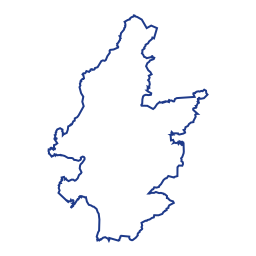 the district of Huauchinango, Puebla, Mexico
{"feature_id": "50627088B14545810389102", "entity_name": "Huauchinango", "entity_type": "district", "adm_level": 2, "iso_a3": "MEX", "parent_name": "Mexico", "parent_adm1": "Puebla", "projection": "albers", "projection_center": [-98.05, 20.178], "detail": "fine", "context": "isolated", "style": "outline", "palette": "blue", "viewbox_px": 256, "rotation_deg": 0, "n_neighbors": 0, "source": "geoboundaries", "source_scale": "gbopen_adm2", "svg_char_len": 5748}
<svg xmlns="http://www.w3.org/2000/svg" viewBox="0 0 256 256"><path d="M58.5,192.9L65.9,199.9L67.0,200.5L66.7,200.7L68.2,202.0L68.8,201.3L70.3,201.4L70.9,200.0L71.4,200.9L72.9,200.1L73.4,200.5L73.4,202.7L72.4,203.3L72.9,203.6L73.1,204.7L71.4,206.5L70.8,207.9L73.2,206.0L73.3,204.8L74.6,204.0L77.7,199.1L78.3,199.4L79.7,197.2L79.3,196.8L80.0,196.2L81.0,197.0L81.1,196.1L81.6,196.1L81.6,196.6L83.9,196.8L84.8,197.4L85.9,197.2L86.9,201.6L88.8,204.8L91.0,205.4L92.9,206.6L93.8,206.7L96.6,209.0L97.7,212.2L98.7,213.7L99.4,219.4L99.1,230.6L98.1,232.3L96.7,236.8L97.6,238.1L97.1,239.4L97.4,240.4L98.6,239.7L99.2,240.4L100.3,239.3L100.8,239.7L103.1,237.7L105.2,237.2L108.0,238.7L108.9,240.6L109.4,239.4L109.4,238.0L118.3,240.6L118.6,240.1L119.3,240.2L119.8,238.1L120.3,237.7L120.4,236.4L121.1,235.8L129.3,236.6L129.2,237.8L129.9,239.3L131.4,240.1L132.6,240.1L135.8,237.7L137.8,235.3L137.6,234.1L138.5,232.6L139.5,232.2L139.7,231.0L142.1,229.1L142.2,228.4L141.5,227.1L142.2,225.6L141.5,222.8L145.5,220.7L146.8,220.8L147.4,220.0L149.6,219.5L152.0,217.9L153.8,217.4L154.2,215.2L158.5,215.3L162.3,213.9L163.5,212.0L164.9,211.2L164.9,210.8L166.6,210.2L166.5,208.7L168.4,207.9L168.5,206.6L169.2,205.3L173.8,202.9L173.1,201.4L170.3,200.5L168.7,199.2L168.3,198.4L166.9,198.1L167.0,196.0L164.8,194.2L163.8,194.2L163.6,193.6L160.9,192.9L159.1,193.1L155.9,192.0L154.0,192.9L151.5,192.8L149.7,193.5L148.6,193.5L152.3,189.4L153.3,189.2L154.2,187.3L156.6,187.6L159.0,186.9L159.3,185.8L161.0,184.2L163.6,179.9L165.6,178.3L166.7,178.2L168.3,176.0L173.9,177.5L174.2,177.0L177.4,176.1L177.5,167.2L179.0,165.5L182.3,165.7L183.0,164.0L182.8,162.2L181.4,161.2L181.6,159.7L181.1,158.3L182.2,157.1L183.6,153.3L183.8,151.5L183.6,145.4L182.8,145.1L183.1,144.1L183.6,143.8L183.1,141.7L182.9,143.4L182.2,144.0L182.3,142.9L181.9,143.0L181.6,142.5L182.4,142.0L182.1,141.7L181.2,142.0L180.7,141.8L181.2,142.6L180.7,143.7L179.7,142.5L178.9,142.8L179.1,143.3L178.5,144.0L178.1,143.0L178.5,142.1L178.2,141.9L177.7,142.6L176.0,143.1L174.7,142.6L173.5,143.0L174.1,142.2L173.1,139.9L171.0,140.4L170.6,135.3L171.4,135.4L170.6,134.9L173.4,134.7L171.4,133.8L171.4,133.4L172.5,133.8L171.6,132.6L171.7,132.0L173.9,134.0L174.8,133.3L178.0,133.4L178.3,134.2L179.4,134.5L183.3,133.6L185.1,132.6L184.9,131.8L183.6,130.0L185.0,129.5L185.5,127.2L188.0,125.9L188.9,124.1L191.0,122.5L193.4,122.1L193.5,120.9L195.7,116.7L195.2,114.8L196.2,113.9L197.7,113.9L193.3,110.0L193.1,109.0L193.5,108.3L196.1,107.7L196.4,107.1L195.8,105.9L196.6,105.8L197.9,103.0L198.8,102.9L198.9,102.4L197.7,101.6L198.3,101.0L198.6,99.8L197.9,99.6L197.9,99.0L198.7,99.1L199.0,97.9L199.4,97.9L199.8,98.6L200.7,98.8L203.9,98.2L207.5,94.6L206.3,93.2L206.0,90.7L204.2,89.7L202.6,91.2L201.3,90.9L199.6,91.6L198.5,91.3L196.6,91.7L195.1,92.7L195.1,93.1L193.5,93.2L193.3,94.0L194.6,96.9L176.8,98.1L175.0,99.0L174.2,101.3L173.2,101.4L171.6,100.5L170.2,100.6L169.1,100.0L168.4,101.1L169.1,101.7L169.0,102.1L166.9,101.4L163.8,102.4L164.2,101.7L161.3,102.5L159.8,102.5L159.6,102.1L157.1,104.1L154.7,107.7L153.1,109.0L147.3,105.8L141.6,105.7L141.3,105.0L142.2,103.6L142.4,99.3L143.1,96.4L144.3,95.3L145.8,94.8L148.6,95.1L150.9,94.8L151.2,93.7L151.2,93.2L147.8,91.4L146.8,90.5L147.7,90.4L147.7,88.1L148.9,89.1L147.9,86.8L149.3,87.4L149.2,86.1L149.8,84.2L149.3,81.6L148.1,80.1L149.1,79.1L149.6,77.5L148.8,75.7L151.6,74.3L150.4,72.1L148.2,70.2L146.1,66.2L147.4,63.1L149.3,61.7L149.9,60.5L153.7,59.1L154.3,57.8L152.5,56.9L152.3,56.2L151.8,56.3L151.6,57.4L150.7,57.2L146.7,58.2L145.4,57.2L144.2,56.9L143.1,54.6L141.9,53.3L142.4,52.3L142.3,50.2L144.5,48.5L144.2,47.6L145.5,45.9L145.6,44.7L148.1,43.3L149.1,41.4L151.9,39.1L152.4,37.6L154.0,38.4L157.0,28.1L151.2,25.6L146.7,28.1L141.8,19.6L137.3,17.0L135.6,16.5L134.6,15.5L133.8,15.4L133.6,16.5L131.5,17.2L129.8,18.6L129.8,19.4L127.7,20.0L124.6,21.8L125.1,22.7L125.5,25.1L125.0,25.8L125.3,26.6L124.9,27.6L124.2,28.1L124.1,29.5L121.0,33.2L120.5,36.1L119.6,36.2L120.7,38.3L119.9,39.1L120.0,40.1L118.8,41.5L118.6,42.4L117.1,43.8L117.5,45.1L117.1,45.7L118.2,46.8L118.1,47.5L113.6,49.5L110.2,49.9L109.6,50.7L109.8,52.8L107.4,56.1L105.8,60.0L104.7,60.8L102.9,60.4L101.3,61.1L97.6,67.2L94.9,68.1L94.6,69.2L94.1,69.6L92.5,69.8L91.9,69.1L90.6,69.5L90.4,70.8L89.3,71.3L89.0,71.9L86.4,71.1L85.6,72.7L84.9,73.3L83.4,73.3L82.5,74.4L83.4,75.4L84.0,78.3L83.4,79.0L82.4,79.0L80.8,80.6L81.2,81.4L80.4,81.9L80.3,83.1L79.9,83.8L80.4,85.5L79.5,87.1L81.1,93.2L83.3,96.7L82.3,101.7L83.7,106.2L78.6,115.4L77.2,117.2L74.8,118.4L74.7,120.6L73.2,121.4L72.0,124.2L71.1,124.2L70.4,124.8L70.6,125.3L68.2,126.4L67.8,129.7L66.7,132.9L64.6,133.9L64.2,133.7L62.8,135.2L62.8,132.2L62.1,131.1L62.5,130.7L62.5,129.6L60.1,128.2L57.3,129.4L56.2,131.1L56.3,132.1L55.7,132.5L55.8,134.6L54.8,135.1L55.2,135.8L55.1,137.9L56.5,138.3L56.6,138.7L56.0,139.1L54.5,138.6L54.4,138.9L57.3,143.3L55.6,144.6L54.0,145.1L54.0,147.5L55.0,148.7L54.8,149.2L53.9,149.1L53.5,149.7L52.5,149.0L52.2,148.1L51.1,147.7L50.5,148.1L50.6,149.1L50.1,149.6L48.7,149.4L48.5,151.1L49.0,152.2L48.9,153.6L49.8,154.1L51.0,155.8L51.7,155.8L51.8,156.5L54.1,155.5L54.5,155.1L54.2,154.9L54.5,154.2L55.6,154.7L55.8,155.3L56.3,154.6L57.6,155.3L59.1,155.0L60.9,155.3L60.9,155.0L64.5,155.9L68.0,157.9L71.8,158.0L72.9,158.4L74.1,159.9L75.7,160.0L78.5,160.8L80.4,159.9L81.0,158.9L80.8,157.6L82.6,156.6L83.8,156.9L84.6,158.0L84.5,159.5L82.2,162.8L80.6,164.3L80.1,165.5L79.7,168.5L81.5,172.3L81.0,173.3L79.0,175.0L77.7,178.3L75.6,180.4L74.7,180.7L73.4,179.7L71.7,179.6L68.6,181.1L66.9,180.0L65.9,178.6L65.4,178.9L65.5,178.5L65.1,178.5L64.9,178.9L64.0,176.9L61.7,177.5L62.0,178.4L61.6,179.4L62.4,179.6L62.3,180.1L61.6,180.3L61.5,181.0L60.2,182.2L60.7,183.0L59.7,183.0L59.6,184.2L58.7,185.3L59.3,185.9L58.7,188.0L59.6,190.4L58.5,192.9Z" fill="none" stroke="#1e3a8a" stroke-width="2"/></svg>